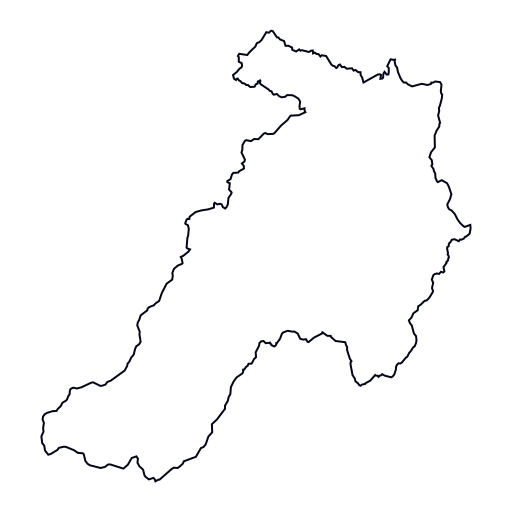 the district of Pitalito, Huila, Colombia
{"feature_id": "7082276B60713931967074", "entity_name": "Pitalito", "entity_type": "district", "adm_level": 2, "iso_a3": "COL", "parent_name": "Colombia", "parent_adm1": "Huila", "projection": "robinson", "projection_center": [-76.125, 1.831], "detail": "fine", "context": "isolated", "style": "outline", "palette": "ink", "viewbox_px": 512, "rotation_deg": 0, "n_neighbors": 0, "source": "geoboundaries", "source_scale": "gbopen_adm2", "svg_char_len": 5954}
<svg xmlns="http://www.w3.org/2000/svg" viewBox="0 0 512 512"><path d="M470.3,224.9L464.8,226.9L463.3,226.1L460.1,223.0L457.6,219.5L454.7,213.9L451.6,210.5L449.0,209.1L447.7,206.6L447.3,204.4L450.0,199.1L451.4,194.2L448.8,186.6L447.0,183.2L441.8,180.2L437.8,182.1L437.0,181.3L435.5,178.0L435.2,173.4L434.0,171.3L433.5,169.0L431.4,165.9L432.3,164.4L431.8,160.2L429.4,157.3L431.0,152.3L434.9,147.4L434.6,135.6L436.7,130.4L439.3,126.5L439.4,123.8L440.1,122.9L438.1,115.5L439.2,111.0L438.9,107.7L439.9,105.8L441.8,98.4L442.2,94.5L441.4,93.8L440.8,91.2L441.5,84.7L440.1,82.1L435.2,81.5L432.6,82.8L431.3,82.6L430.9,83.9L428.4,84.8L426.8,84.9L421.8,83.8L412.1,86.4L408.0,84.4L406.0,82.5L403.8,82.5L402.4,81.1L400.6,78.4L397.9,71.9L397.1,67.6L395.4,65.3L394.4,60.1L395.9,59.3L393.8,59.9L390.6,59.3L387.2,66.2L388.7,67.8L388.8,71.5L388.4,74.4L386.7,74.6L384.5,71.9L383.4,73.7L383.1,77.6L382.4,78.5L380.4,78.8L381.0,74.9L379.6,74.3L377.8,74.5L363.5,82.5L362.2,77.7L360.6,74.9L360.5,72.2L358.0,72.1L355.6,70.0L353.6,70.6L352.0,68.3L346.7,68.7L344.3,66.8L342.0,67.2L339.9,64.5L338.6,65.1L337.1,67.6L336.2,68.0L334.4,66.1L332.9,65.8L331.4,64.6L326.1,56.0L321.7,55.3L320.4,56.5L318.5,54.1L316.4,53.9L314.8,52.6L313.1,53.4L312.8,50.5L310.7,50.8L309.0,52.0L302.0,50.2L300.4,50.7L299.2,49.4L296.1,51.5L295.2,51.1L292.2,49.7L292.1,47.6L288.5,45.8L285.5,45.8L284.1,41.1L280.0,39.4L278.4,37.5L277.0,37.4L272.7,31.1L271.1,30.7L268.9,32.7L266.3,32.2L261.6,40.0L259.5,42.0L256.8,43.2L255.4,46.5L249.0,52.7L247.3,55.0L239.2,53.8L237.9,56.0L238.8,57.2L238.8,61.7L241.7,63.2L242.1,65.7L241.4,67.5L239.5,68.6L237.0,71.8L233.0,75.1L234.1,78.7L236.0,80.0L236.8,78.8L237.7,78.6L238.9,80.4L240.6,81.3L242.1,83.1L244.7,83.6L246.3,85.0L248.2,85.1L249.6,86.6L250.6,87.0L254.6,86.7L255.8,84.3L257.6,83.6L257.8,81.6L260.1,80.4L260.4,81.0L259.7,82.6L260.8,84.3L268.6,89.5L269.7,90.8L271.5,91.3L272.7,93.8L273.7,94.7L276.9,94.0L279.4,96.4L281.9,97.3L285.1,96.8L287.1,95.1L292.0,95.2L293.8,95.8L298.1,98.4L299.6,100.5L300.1,102.1L299.5,106.1L299.8,108.9L300.7,109.3L304.5,108.3L304.6,110.6L305.4,112.2L298.8,115.2L291.1,115.6L290.1,116.2L287.5,120.0L281.0,125.6L274.2,133.4L273.0,133.9L267.5,134.1L265.3,133.0L263.7,133.7L258.4,139.2L254.1,139.0L251.0,141.1L246.2,140.2L245.0,140.7L242.5,145.0L242.3,149.9L241.5,152.5L244.9,159.7L244.4,161.6L241.9,163.4L243.8,165.9L243.9,168.6L239.5,171.0L238.1,172.6L233.3,172.9L232.0,174.5L230.5,179.2L227.5,180.9L227.2,181.8L227.8,182.4L229.8,183.2L229.1,189.6L231.6,192.4L231.2,193.9L228.5,197.8L227.8,204.5L226.5,207.1L225.2,208.5L222.9,207.1L221.5,204.2L219.7,203.8L217.4,204.4L214.7,202.8L214.0,203.8L213.9,207.6L208.0,209.4L201.9,210.3L195.7,212.0L189.7,216.6L189.3,219.0L187.6,218.8L186.7,219.5L185.2,223.2L185.5,223.9L187.9,225.2L188.8,228.7L188.1,235.9L187.4,237.7L186.6,247.5L187.2,248.4L190.0,249.4L188.5,251.6L183.4,255.7L180.8,257.0L181.6,258.5L182.6,263.0L181.9,263.9L177.9,265.5L174.0,268.8L172.3,273.1L172.8,275.5L172.2,279.6L166.6,283.7L161.8,293.1L159.1,301.0L155.5,303.4L154.0,305.2L149.0,307.2L147.5,308.8L147.3,310.3L140.6,315.4L139.3,319.7L137.7,322.6L137.3,325.5L139.7,331.6L139.5,334.6L140.6,341.7L139.2,344.2L136.3,346.3L135.2,348.6L133.7,354.5L131.1,357.8L129.2,361.9L127.6,363.5L127.1,366.1L124.6,370.6L110.7,380.7L107.3,382.0L105.4,384.6L101.9,385.8L100.1,385.8L93.1,382.3L91.0,382.8L81.4,387.3L76.9,388.5L73.2,387.7L70.6,388.9L69.8,391.1L69.6,394.4L68.4,395.9L67.1,399.3L65.9,400.7L62.4,402.8L60.7,406.2L57.9,408.8L56.5,410.9L52.5,411.2L47.2,412.8L44.6,414.3L43.0,416.6L42.6,419.4L43.9,422.9L43.1,428.2L43.5,431.6L41.4,436.4L42.2,443.1L44.2,445.6L45.1,450.7L48.3,454.7L50.7,454.0L57.3,450.0L58.9,447.9L63.2,446.8L65.7,446.8L74.0,450.2L77.7,452.8L82.9,453.3L83.8,454.4L85.4,461.0L87.5,463.7L89.7,465.2L100.6,468.0L105.0,466.9L107.9,464.6L110.1,464.4L123.4,468.6L127.9,464.7L131.7,458.0L136.4,456.4L137.9,458.6L137.5,462.8L139.4,466.3L143.1,469.7L144.3,474.8L145.4,476.7L148.9,479.4L153.4,477.9L154.8,479.3L155.4,481.3L158.3,479.7L159.5,479.7L171.3,469.3L173.7,467.7L177.6,468.0L179.6,466.6L182.9,463.6L183.8,461.3L195.9,456.8L200.9,448.1L203.5,447.0L205.6,444.6L208.4,436.5L212.2,432.3L211.9,424.2L217.0,419.4L225.0,408.8L225.0,405.7L227.8,400.9L228.8,396.6L230.3,394.4L230.9,387.1L233.5,381.7L236.6,377.4L242.4,373.4L243.1,371.9L243.1,369.7L244.1,369.7L246.0,367.0L247.8,365.6L248.5,363.8L251.6,363.6L254.1,359.0L256.0,357.2L255.7,352.3L259.1,345.7L259.4,343.1L261.1,341.4L263.5,341.0L265.7,343.2L270.1,342.7L270.1,343.5L271.4,344.4L271.5,345.2L274.3,346.5L275.6,345.5L276.2,344.7L276.2,343.3L276.7,343.4L280.1,338.6L281.9,333.8L283.1,332.5L287.6,330.8L292.7,331.7L294.3,331.5L297.7,333.5L300.2,338.8L303.2,339.6L306.0,339.2L307.5,341.8L308.5,342.1L314.0,337.6L322.0,333.5L322.4,332.3L327.3,335.8L330.7,335.9L331.2,337.2L335.6,341.0L345.2,342.2L346.1,345.2L347.2,347.1L347.0,349.4L347.7,352.1L349.9,358.8L351.5,361.2L350.5,362.5L350.6,364.7L352.5,375.0L354.8,378.6L355.5,381.4L357.8,383.1L359.4,385.3L360.6,385.7L362.0,384.6L365.2,383.9L365.5,383.2L370.2,380.7L375.2,375.0L375.9,375.6L377.4,375.7L378.6,376.8L379.1,375.9L380.9,375.4L382.2,374.2L384.9,375.7L391.2,377.3L392.8,376.4L394.3,374.4L395.7,370.2L396.2,366.2L397.5,364.1L398.8,363.3L400.3,363.5L401.9,362.5L405.8,357.7L407.2,356.8L409.4,352.5L410.4,351.7L413.3,347.2L414.7,346.3L416.1,342.8L416.5,340.1L416.0,336.0L413.9,333.5L411.8,325.5L409.7,322.7L408.9,320.3L411.4,317.7L413.4,313.3L417.7,310.2L418.2,306.4L420.9,304.5L424.5,300.9L426.7,300.4L429.4,297.6L432.7,292.2L433.0,291.1L432.0,288.0L433.2,282.8L431.8,279.6L433.4,275.1L434.7,274.1L436.8,273.5L439.1,273.9L441.0,271.8L443.2,272.5L444.4,271.4L443.5,267.1L446.5,263.0L446.3,262.1L448.0,260.5L448.2,258.6L448.9,257.4L448.6,255.9L447.6,254.5L448.0,253.3L447.1,248.4L447.3,247.0L448.6,246.4L449.1,243.3L450.8,241.7L451.7,239.8L454.5,239.2L458.8,241.2L460.0,239.5L461.2,239.7L463.7,238.7L465.1,236.8L466.2,236.5L469.2,234.1L469.7,233.5L470.6,228.3L470.3,224.9Z" fill="none" stroke="#020617" stroke-width="2"/></svg>